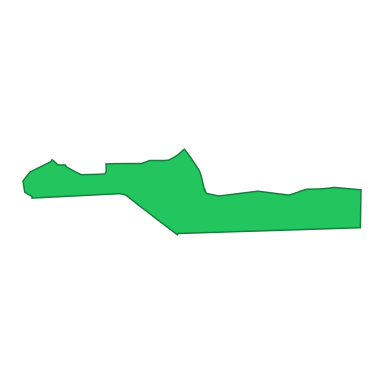 the district of New Cairo-3, Al Qahirah, Egypt
{"feature_id": "37247803B49811870233448", "entity_name": "New Cairo-3", "entity_type": "district", "adm_level": 2, "iso_a3": "EGY", "parent_name": "Egypt", "parent_adm1": "Al Qahirah", "projection": "albers", "projection_center": [31.48, 29.977], "detail": "fine", "context": "isolated", "style": "filled", "palette": "green", "viewbox_px": 384, "rotation_deg": 0, "n_neighbors": 0, "source": "geoboundaries", "source_scale": "gbopen_adm2", "svg_char_len": 968}
<svg xmlns="http://www.w3.org/2000/svg" viewBox="0 0 384 384"><path d="M32.0,198.1L33.4,198.0L36.5,197.9L53.6,197.0L77.5,195.8L81.2,195.6L107.0,194.3L114.8,193.9L120.2,193.7L125.7,195.0L140.5,206.7L143.1,208.6L158.7,220.6L177.4,234.8L178.1,233.5L360.4,227.7L361.0,189.8L334.2,187.4L329.3,188.1L319.4,189.0L313.7,189.1L306.6,189.2L299.6,191.4L298.2,192.1L289.0,195.1L257.8,191.2L218.9,196.0L206.1,193.3L204.8,189.4L204.5,189.9L201.1,175.7L199.6,171.3L195.5,164.7L194.3,163.0L191.0,158.0L188.1,154.1L185.5,150.6L184.2,149.2L182.2,151.0L177.5,155.1L173.2,157.8L168.7,160.1L164.5,160.5L149.7,160.5L141.5,163.5L117.2,163.6L106.0,163.9L106.1,165.4L106.2,171.7L104.8,174.0L94.9,174.4L81.2,174.7L76.1,172.2L74.3,171.3L66.5,166.9L65.1,164.9L59.4,165.0L57.4,164.5L55.9,162.9L52.1,159.7L50.6,161.8L29.9,172.1L23.0,181.0L24.7,192.1L25.0,192.3L25.4,192.5L26.3,193.1L27.5,193.9L28.4,194.5L29.4,195.0L32.0,196.4L32.0,198.1Z" fill="#22c55e" stroke="#15803d" stroke-width="1.5"/></svg>